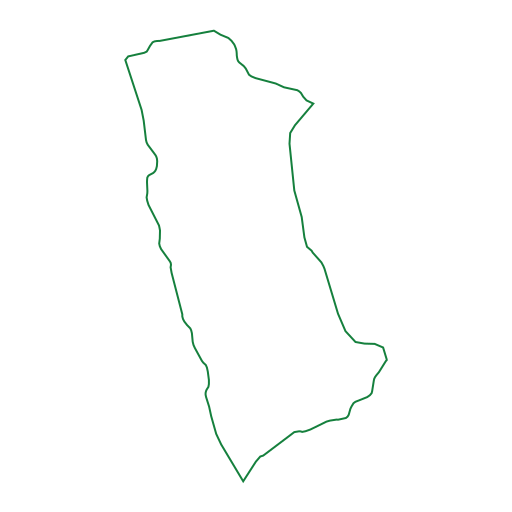 an SVG outline of Phatthalung
{"feature_id": "THA-383", "entity_name": "Phatthalung", "entity_type": "Province", "adm_level": 1, "iso_a3": "THA", "parent_name": "Thailand", "parent_adm1": "", "projection": "equal_earth", "projection_center": [100.024, 7.498], "detail": "fine", "context": "isolated", "style": "outline", "palette": "green", "viewbox_px": 512, "rotation_deg": 0, "n_neighbors": 0, "source": "natural_earth", "source_scale": "10m", "svg_char_len": 1928}
<svg xmlns="http://www.w3.org/2000/svg" viewBox="0 0 512 512"><path d="M313.3,103.6L295.0,125.2L290.2,133.0L289.5,143.7L294.3,190.5L301.7,217.0L304.4,237.4L307.0,246.8L311.6,250.7L312.7,252.6L321.4,262.4L323.4,266.1L324.5,268.8L338.0,313.7L345.5,331.2L355.5,342.0L364.5,343.6L374.7,343.9L383.1,347.5L386.7,359.4L386.7,360.2L385.9,361.0L378.9,372.2L376.4,375.2L375.1,377.0L374.2,378.8L373.8,380.7L372.1,391.4L371.6,393.2L369.9,395.2L367.2,397.1L355.4,401.8L353.5,403.2L351.5,406.5L350.4,408.8L348.7,414.8L347.6,416.6L345.9,418.0L338.1,419.7L336.5,419.6L330.0,420.6L326.5,421.6L310.4,429.5L305.6,431.2L302.2,431.9L300.7,431.4L299.1,431.3L294.3,432.1L263.2,455.6L260.3,456.5L255.9,461.6L243.2,481.3L221.2,444.5L216.2,433.9L211.2,416.2L209.1,406.6L206.1,397.1L205.6,394.8L205.6,392.9L206.0,391.2L206.6,389.7L208.4,386.9L208.9,384.1L208.9,380.0L207.8,371.6L206.9,367.5L205.8,365.0L203.2,362.6L201.8,360.7L194.8,347.9L193.5,345.0L192.7,341.8L191.9,333.2L191.2,330.4L190.3,328.4L187.0,325.0L184.3,321.5L183.0,319.0L182.3,316.4L182.3,314.3L171.6,272.9L170.6,267.3L171.0,264.8L170.7,262.9L169.9,261.4L161.1,249.1L159.8,246.2L159.2,243.5L159.8,238.7L160.0,230.5L159.5,227.8L159.0,225.5L148.5,204.9L147.2,200.7L146.6,197.4L147.3,193.3L147.4,191.1L147.0,182.0L147.1,179.7L147.3,177.6L148.1,176.1L149.2,175.1L153.2,173.0L154.3,172.0L155.3,170.8L156.2,168.9L156.9,166.1L157.2,161.3L156.9,158.5L156.2,156.4L155.4,155.0L147.7,144.7L146.6,142.4L146.0,140.0L143.7,120.7L141.6,109.9L125.3,60.0L128.2,56.4L144.2,52.8L146.7,51.6L147.6,50.2L150.0,45.9L152.6,42.3L154.5,41.4L157.0,41.0L159.8,40.9L213.9,30.7L220.5,34.7L228.4,38.0L231.5,40.8L234.2,44.4L234.9,45.9L236.1,49.1L236.5,51.1L236.7,53.2L236.8,55.6L237.1,57.7L237.5,59.6L238.2,61.2L239.2,62.4L243.9,66.2L245.8,68.6L249.0,74.7L251.4,76.4L255.5,78.1L275.7,83.5L284.0,87.3L297.3,90.2L299.1,91.3L300.9,92.9L303.2,96.7L306.5,100.4L313.3,103.6Z" fill="none" stroke="#15803d" stroke-width="2"/></svg>